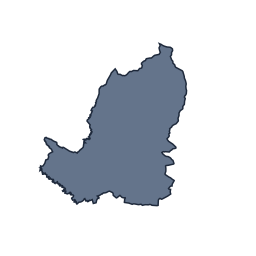 Chiang Kham, Phayao, Thailand, rotated 298°
{"feature_id": "78962969B51854654401236", "entity_name": "Chiang Kham", "entity_type": "district", "adm_level": 2, "iso_a3": "THA", "parent_name": "Thailand", "parent_adm1": "Phayao", "projection": "robinson", "projection_center": [100.283, 19.484], "detail": "fine", "context": "isolated", "style": "filled", "palette": "slate", "viewbox_px": 256, "rotation_deg": 298, "n_neighbors": 0, "source": "geoboundaries", "source_scale": "gbopen_adm2", "svg_char_len": 5616}
<svg xmlns="http://www.w3.org/2000/svg" viewBox="0 0 256 256"><g transform="rotate(298 128 128)"><path d="M174.2,88.9L168.8,87.4L166.7,87.6L160.3,87.4L156.7,88.1L155.5,87.8L155.0,87.1L153.3,86.3L152.7,85.2L151.5,84.6L148.8,84.3L144.7,86.4L140.1,87.1L137.5,87.0L136.3,87.8L135.4,87.4L134.6,88.2L133.4,88.2L132.5,88.7L131.9,88.3L131.7,88.6L130.8,88.4L129.8,87.6L129.7,87.2L127.6,87.0L126.1,87.2L126.3,88.5L122.5,88.8L122.0,88.5L121.7,89.2L121.4,89.3L121.2,88.9L121.0,89.2L120.7,88.9L119.6,89.1L119.4,89.4L118.8,88.7L118.7,88.9L118.5,88.7L117.9,89.1L116.1,88.3L115.3,88.4L114.8,88.7L113.0,93.1L111.7,93.3L110.7,93.9L110.6,94.4L109.8,94.9L109.6,96.4L108.4,96.3L108.2,97.3L108.0,97.6L107.8,97.4L107.6,97.9L107.2,98.1L106.4,98.1L106.3,97.6L105.9,97.9L105.5,97.7L105.1,97.9L105.0,97.4L104.7,97.4L104.8,97.9L103.5,97.7L103.0,98.2L103.2,97.6L102.1,98.0L102.3,97.6L101.9,97.4L101.7,98.3L100.8,98.4L101.0,99.3L100.2,99.4L99.9,98.9L100.3,98.7L100.3,98.3L100.0,98.4L100.1,98.2L99.6,97.9L99.9,97.6L99.7,96.9L99.2,96.9L99.2,96.5L98.5,96.4L98.1,95.9L97.8,96.2L97.6,95.7L97.9,95.2L97.4,94.8L97.3,94.3L96.9,93.9L96.7,94.4L97.0,95.2L96.6,95.7L96.0,95.6L95.4,95.9L95.0,95.5L94.5,95.8L94.7,96.5L95.0,96.6L94.9,97.2L94.5,96.5L93.3,96.3L90.0,97.5L88.3,97.0L87.5,96.5L86.9,96.5L86.2,96.0L83.7,95.5L83.0,94.8L82.1,94.9L81.9,93.5L82.0,92.9L81.7,92.1L80.6,91.2L80.7,90.3L80.4,89.9L80.4,88.4L80.2,88.2L80.1,87.5L80.6,80.2L80.4,79.6L79.5,79.4L79.7,78.6L79.3,78.0L79.4,76.9L79.2,76.5L79.4,76.2L79.2,75.6L79.6,75.0L79.5,74.4L80.0,72.9L81.3,72.3L81.8,71.7L81.5,68.2L81.9,65.2L81.3,63.8L81.6,63.1L81.3,62.8L81.3,61.9L81.0,61.4L81.3,60.2L80.5,59.3L78.6,59.5L78.2,59.6L77.8,60.5L77.4,60.7L77.5,61.2L77.3,61.7L77.1,61.7L76.3,62.8L75.5,63.4L75.6,63.8L75.3,63.9L74.8,65.1L75.0,65.3L75.0,66.1L74.6,66.6L74.7,67.0L74.4,67.5L73.9,67.5L73.7,67.8L73.3,70.3L71.6,72.6L68.6,70.6L67.3,70.2L66.6,70.3L65.3,71.5L62.8,71.9L61.2,70.4L57.8,71.1L54.7,70.8L53.6,69.8L53.5,68.9L53.2,69.2L52.6,68.9L52.2,69.6L51.6,69.1L51.6,70.6L51.4,71.0L50.3,69.9L49.6,70.1L50.3,70.3L49.7,71.0L50.3,71.4L49.8,71.6L49.5,72.6L48.8,72.8L48.6,73.9L48.0,73.6L47.1,74.3L47.9,75.6L49.0,75.7L49.3,76.0L48.3,77.1L48.7,77.9L48.6,78.3L46.6,79.2L46.8,80.0L47.7,80.5L48.0,81.1L47.5,81.4L47.1,80.7L46.0,81.6L45.8,82.1L46.0,82.8L47.2,83.0L46.5,84.3L47.0,84.8L46.9,85.6L47.4,85.8L47.5,86.3L46.5,87.1L45.9,86.9L45.9,86.2L45.1,86.3L44.9,87.1L45.6,87.6L44.9,88.6L44.8,89.5L45.5,89.3L45.6,90.3L46.0,90.8L47.0,90.6L47.4,90.9L45.9,92.2L45.9,92.5L46.6,93.1L46.4,94.6L46.0,94.7L46.0,94.3L45.5,93.8L44.8,95.0L45.2,95.6L45.7,95.2L46.1,95.3L45.7,96.3L46.3,97.2L45.8,97.7L45.5,97.3L44.8,97.4L44.9,98.3L45.5,99.2L44.9,99.8L45.3,100.7L45.1,101.0L44.7,101.4L44.0,101.1L43.7,101.3L43.4,100.2L42.2,100.1L41.8,99.7L41.4,100.3L41.8,100.9L42.1,100.7L42.6,100.9L42.5,101.2L42.9,101.7L42.7,102.2L42.9,102.8L41.0,102.7L40.8,102.9L41.3,103.8L41.1,104.3L41.5,105.7L42.4,106.1L42.8,107.1L43.3,107.2L43.8,106.9L44.2,107.5L43.4,108.7L43.0,108.5L42.8,107.9L42.2,108.6L42.2,109.1L43.1,110.7L42.6,111.8L41.2,111.9L39.7,111.2L39.1,111.5L39.0,112.0L38.3,113.0L39.0,114.2L39.6,114.3L39.6,115.2L39.2,115.4L37.4,115.0L37.4,115.4L38.0,116.5L38.7,116.7L38.5,117.1L37.7,117.3L37.1,118.0L36.9,118.6L39.4,119.5L40.5,121.0L41.9,122.0L43.6,122.7L44.7,122.6L45.4,123.0L43.8,125.1L44.6,125.7L44.0,126.8L44.5,127.4L44.8,127.0L46.1,127.9L45.9,128.3L46.6,129.0L48.0,130.0L45.1,132.8L47.0,134.9L49.6,134.2L51.9,134.3L52.1,135.3L53.2,134.9L53.5,132.9L55.6,134.8L57.7,135.9L57.7,136.3L59.1,136.7L59.8,138.0L61.0,139.3L62.6,140.3L63.6,141.4L63.7,144.6L63.3,145.5L61.6,146.6L60.8,150.5L61.3,151.0L64.7,152.5L63.9,155.4L64.3,157.0L65.1,158.2L64.8,158.5L63.1,158.6L62.3,159.1L60.7,159.6L60.6,159.8L62.1,164.0L62.6,167.5L63.6,168.4L64.1,169.5L65.2,173.2L66.8,175.3L66.5,177.0L68.3,179.1L69.9,182.3L70.7,183.0L71.1,184.3L71.0,185.4L73.1,190.1L73.8,190.9L78.5,188.7L79.2,188.6L80.5,189.0L80.9,189.3L80.8,190.9L81.3,191.5L86.5,195.0L89.8,196.7L91.3,195.3L93.8,194.4L93.2,193.1L93.6,192.2L96.2,192.7L97.0,193.2L97.4,194.1L99.2,193.4L103.2,193.5L103.4,193.1L103.5,191.3L104.0,188.9L103.9,187.0L104.4,182.7L104.9,182.2L107.6,181.7L110.1,180.4L112.1,179.0L112.7,179.2L114.0,181.1L117.6,185.2L118.3,185.2L120.5,182.9L120.7,181.2L121.3,180.2L121.6,179.0L121.6,176.8L120.9,175.1L120.8,173.9L121.5,170.8L122.3,169.4L122.8,169.6L123.9,170.6L124.0,171.4L124.6,172.0L126.2,175.7L128.1,176.2L129.1,176.9L130.6,177.3L132.1,179.2L132.9,179.7L133.6,179.2L134.8,175.1L135.3,170.1L136.2,168.2L136.9,167.5L139.3,168.1L140.4,168.1L141.9,166.8L143.3,167.3L144.4,166.1L146.3,165.7L147.0,165.1L149.3,166.1L150.2,166.0L151.9,166.6L154.4,168.5L157.6,169.1L158.1,169.0L160.1,167.6L162.9,167.2L165.2,166.0L167.8,166.0L170.4,167.3L171.4,167.1L172.4,166.3L174.1,166.4L175.2,166.7L178.4,165.3L180.7,164.8L181.1,164.5L181.6,163.4L182.1,163.2L183.4,163.1L183.7,163.4L185.6,163.4L188.6,162.1L189.7,161.0L191.9,159.5L194.0,158.8L194.8,158.3L196.8,156.5L198.6,154.3L200.0,153.4L203.6,149.9L204.0,148.9L204.0,141.6L204.4,140.8L205.7,139.6L206.4,137.2L208.0,136.2L208.6,134.6L211.1,131.8L213.0,132.1L215.1,131.0L217.2,131.1L218.7,130.1L219.0,128.9L219.1,127.4L217.8,124.3L217.3,121.5L217.2,119.6L217.4,118.2L217.2,116.1L216.3,117.3L215.7,117.7L213.3,117.8L211.0,119.8L210.1,121.0L207.6,120.9L204.8,117.5L203.5,116.8L200.9,115.9L200.0,114.4L198.0,111.9L197.5,111.6L195.8,111.7L194.2,110.4L191.6,109.5L190.7,109.9L189.9,111.3L187.6,111.9L186.9,111.5L186.0,110.3L183.2,109.8L181.4,105.9L179.5,104.6L178.8,103.1L177.3,102.5L175.0,102.0L173.3,101.2L172.5,100.3L172.1,99.0L171.6,98.5L171.7,95.8L171.0,94.7L170.9,93.6L172.7,91.7L174.2,88.9Z" fill="#64748b" stroke="#1e293b" stroke-width="1.5"/></g></svg>